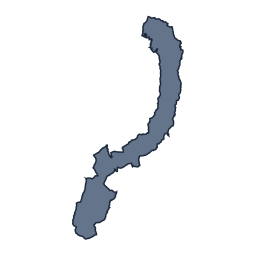 Rebrisoara, Bistrita-Nasaud, Romania, rotated 181°
{"feature_id": "2599482B58563661502775", "entity_name": "Rebrisoara", "entity_type": "district", "adm_level": 2, "iso_a3": "ROU", "parent_name": "Romania", "parent_adm1": "Bistrita-Nasaud", "projection": "albers", "projection_center": [24.527, 47.412], "detail": "fine", "context": "isolated", "style": "filled", "palette": "slate", "viewbox_px": 256, "rotation_deg": 181, "n_neighbors": 0, "source": "geoboundaries", "source_scale": "gbopen_adm2", "svg_char_len": 5779}
<svg xmlns="http://www.w3.org/2000/svg" viewBox="0 0 256 256"><g transform="rotate(181 128 128)"><path d="M109.8,239.7L110.7,236.8L110.7,236.1L111.2,235.1L112.8,233.3L113.8,232.9L114.0,231.9L114.3,231.5L114.2,231.0L114.8,229.6L114.6,229.2L114.8,228.0L114.7,226.3L114.4,226.0L114.9,225.2L114.8,223.4L115.6,220.6L113.7,219.8L113.0,222.2L112.3,222.8L111.4,221.9L111.7,221.5L112.4,221.5L112.5,221.2L111.6,221.1L111.9,220.6L112.7,220.8L113.3,219.7L112.7,219.3L112.6,220.0L112.1,220.4L112.5,219.2L111.9,218.9L111.7,220.2L111.2,220.4L111.8,218.8L110.0,218.5L108.8,219.4L108.3,217.9L108.5,217.7L108.3,216.8L106.8,217.6L105.7,217.0L105.7,215.6L106.4,215.9L106.5,213.8L106.3,212.8L107.0,212.6L107.1,211.3L106.7,211.3L106.7,210.6L107.2,209.2L107.7,208.9L105.6,208.3L106.4,207.5L106.2,207.0L105.6,207.1L105.6,206.2L105.0,205.9L104.6,205.1L103.7,204.2L103.3,204.2L100.1,207.7L99.9,207.5L100.0,206.7L101.3,204.1L100.2,203.3L98.7,201.5L97.9,199.7L98.1,198.9L97.7,196.9L97.5,196.3L97.2,196.3L97.3,195.2L97.0,194.3L98.1,192.4L97.0,190.2L96.9,189.0L97.1,188.2L96.5,187.1L96.3,185.5L96.5,182.9L96.1,181.1L96.9,177.4L96.5,176.3L96.7,175.2L96.2,174.2L96.4,173.8L96.0,172.5L96.6,171.4L97.1,169.2L97.0,166.4L97.3,165.6L96.4,164.1L96.2,161.2L97.3,160.1L97.3,159.4L98.3,158.6L98.7,157.8L98.1,155.7L98.2,154.2L98.5,153.3L98.9,153.0L98.4,152.0L98.5,150.0L98.3,148.9L99.0,147.4L99.7,147.1L100.7,145.6L100.9,144.6L101.7,143.7L101.5,141.9L103.6,138.9L106.4,137.7L106.1,136.4L106.4,134.6L106.6,134.6L106.8,133.6L107.8,132.9L108.1,131.9L107.3,128.4L107.6,126.9L107.2,124.8L107.5,123.4L108.4,123.6L108.6,123.2L109.9,122.3L111.2,121.9L112.9,122.3L113.8,121.4L115.2,121.9L116.8,121.9L118.3,120.3L118.5,118.7L120.0,117.3L121.5,116.3L123.1,116.2L124.5,115.7L124.8,114.5L125.1,114.2L125.9,114.2L127.0,113.7L127.1,112.4L127.5,112.1L133.3,108.5L133.1,107.0L132.3,106.4L132.3,105.0L132.7,103.7L138.5,103.9L141.0,104.4L143.0,103.8L144.7,102.8L144.3,101.6L144.3,100.3L143.5,99.2L143.8,98.1L144.4,98.2L144.7,98.4L144.2,99.5L145.7,99.3L146.0,99.8L145.9,100.4L146.9,101.5L146.8,102.0L147.2,103.8L147.7,104.0L148.1,104.8L147.5,106.2L147.8,106.7L148.5,106.9L148.4,107.6L148.9,108.3L148.3,109.7L148.6,110.3L148.1,110.9L149.5,110.2L149.7,109.3L150.2,108.8L152.8,107.6L155.2,105.3L156.3,103.7L157.4,102.7L157.8,102.7L161.9,100.2L161.1,98.8L159.9,97.7L159.2,95.1L160.0,92.3L160.7,90.9L161.2,90.4L161.3,88.8L162.2,87.6L160.6,85.9L159.0,82.5L158.1,81.7L158.0,80.9L157.3,79.8L160.0,79.5L160.7,78.4L162.9,76.5L164.6,77.2L167.5,77.2L168.9,76.6L169.3,76.8L168.7,75.7L168.8,74.8L168.6,74.3L169.0,73.3L169.0,72.4L169.5,71.2L169.4,70.4L169.7,69.0L169.5,68.5L169.8,67.9L169.8,66.0L170.6,64.2L170.5,63.6L171.9,61.7L172.1,60.0L172.6,59.6L173.0,56.5L173.3,56.0L174.0,53.3L177.2,52.6L178.3,51.8L177.9,50.8L178.1,50.3L178.0,49.2L178.4,47.9L178.4,46.5L179.1,43.8L179.8,42.4L179.9,41.7L179.5,41.3L179.5,40.7L180.2,40.2L180.8,39.2L180.6,37.5L181.6,34.7L181.3,33.7L181.6,31.6L181.2,30.5L180.2,29.3L178.0,28.2L178.3,26.8L179.0,25.4L178.9,24.1L178.1,21.9L177.2,21.5L176.5,20.6L174.3,19.4L171.4,18.8L168.8,16.3L164.9,17.1L160.8,19.2L159.6,20.3L157.6,20.8L158.2,23.4L158.9,24.7L158.8,27.4L159.1,27.8L159.2,28.5L160.4,29.8L160.4,30.5L158.9,31.8L158.8,32.5L158.6,32.6L157.3,32.9L155.2,32.9L152.8,34.2L152.3,34.8L150.7,35.3L149.6,36.5L149.2,37.9L148.8,38.5L148.7,40.9L147.3,43.1L147.3,43.5L147.7,44.0L146.8,44.8L146.8,45.7L146.1,46.3L145.9,47.2L144.9,48.2L145.9,49.0L145.0,50.9L145.1,52.7L145.3,53.1L144.9,53.8L144.4,54.0L144.3,55.5L142.9,55.5L142.8,56.0L140.7,57.0L140.7,57.4L139.8,58.3L139.2,59.8L139.5,60.5L139.2,61.1L139.3,61.6L138.7,61.9L138.3,62.7L138.3,63.5L138.5,63.2L139.2,63.7L140.7,63.6L143.0,65.5L145.1,65.1L145.7,66.2L149.6,69.6L151.3,71.5L150.5,74.0L149.5,75.7L148.4,78.8L147.5,79.9L146.2,80.2L146.1,80.6L145.1,80.9L144.5,81.7L142.2,82.9L142.0,83.5L141.3,83.9L140.7,84.7L140.7,86.6L139.9,86.2L140.0,85.4L138.3,84.3L138.0,84.5L137.8,85.2L138.0,86.4L137.7,88.6L136.2,87.9L134.1,87.8L131.1,89.4L129.0,91.1L128.2,91.3L127.3,92.2L124.0,92.7L123.6,92.1L123.5,90.8L122.9,89.6L122.5,90.5L121.5,89.6L120.3,89.7L118.2,89.3L116.8,89.6L116.3,90.4L115.5,90.9L116.3,93.0L116.2,94.1L116.9,96.0L116.6,97.8L116.3,98.2L116.3,99.7L115.8,100.3L113.8,100.3L110.2,101.1L108.4,102.0L107.1,103.2L106.1,103.5L104.0,105.8L102.9,106.1L102.3,105.9L101.4,106.7L100.7,106.6L99.8,107.1L99.0,108.8L98.5,109.0L98.4,110.1L98.8,111.6L98.3,112.2L98.2,112.7L96.7,112.8L96.5,113.4L94.7,114.6L94.0,116.7L92.5,117.2L91.9,117.8L92.2,120.0L91.4,122.3L90.3,123.1L88.8,123.4L88.1,121.7L87.2,121.0L87.5,122.1L87.2,122.5L87.9,123.4L88.1,124.6L87.3,127.4L86.6,128.3L85.7,128.9L84.9,130.2L83.0,131.0L82.9,131.4L82.4,133.7L82.7,134.6L82.6,136.0L83.7,138.1L82.3,140.1L82.3,141.3L81.5,141.2L81.3,141.7L81.2,143.3L81.9,144.4L81.1,145.6L80.9,147.7L81.1,148.3L80.7,149.5L81.2,149.7L81.5,151.7L80.3,152.6L80.0,154.1L80.0,156.4L78.2,156.7L77.3,158.6L77.1,159.5L77.8,161.3L77.8,162.5L76.8,163.5L76.3,164.6L75.9,167.6L76.2,168.2L75.7,170.1L76.4,170.9L75.8,171.9L75.6,172.9L76.0,174.7L77.0,177.0L77.8,178.1L78.2,180.8L78.9,181.8L79.1,183.0L78.7,184.3L79.6,186.4L78.9,187.3L78.4,188.4L78.2,189.5L77.3,191.9L77.2,194.4L77.5,195.3L76.5,197.4L75.9,197.7L75.4,198.7L76.2,199.2L75.5,200.1L75.6,202.1L74.9,203.1L74.4,205.2L74.5,206.7L75.7,207.2L76.7,207.1L76.5,208.3L77.3,209.1L76.8,209.3L77.0,209.9L76.7,210.3L77.7,210.4L77.8,211.5L77.4,211.8L77.1,213.2L76.5,213.3L76.3,214.0L77.1,214.2L76.9,215.8L76.6,216.0L77.5,215.9L79.2,216.4L80.1,216.8L80.9,217.8L82.5,218.4L84.3,222.8L84.3,224.2L85.2,226.9L85.1,228.1L85.8,229.3L85.6,229.8L86.4,230.0L87.4,229.5L89.3,230.5L90.7,230.9L90.8,231.3L89.9,232.9L92.0,234.3L92.2,234.8L93.3,234.5L94.5,234.7L95.1,235.9L96.7,235.8L97.9,237.1L99.0,237.7L102.0,237.3L103.2,238.8L106.5,238.2L107.6,239.1L109.8,239.7Z" fill="#64748b" stroke="#1e293b" stroke-width="1.5"/></g></svg>